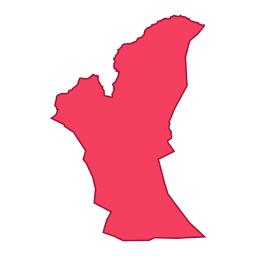 the district of Altanco'gc, Bayan-Ölgiy, Mongolia
{"feature_id": "93677404B16075742501612", "entity_name": "Altanco'gc", "entity_type": "district", "adm_level": 2, "iso_a3": "MNG", "parent_name": "Mongolia", "parent_adm1": "Bayan-Ölgiy", "projection": "equal_earth", "projection_center": [90.479, 48.976], "detail": "fine", "context": "isolated", "style": "filled", "palette": "rose", "viewbox_px": 256, "rotation_deg": 0, "n_neighbors": 0, "source": "geoboundaries", "source_scale": "gbopen_adm2", "svg_char_len": 5489}
<svg xmlns="http://www.w3.org/2000/svg" viewBox="0 0 256 256"><path d="M204.4,25.3L204.1,25.1L203.9,25.0L203.6,25.0L202.8,25.2L202.4,25.2L202.1,25.2L200.4,24.4L199.6,24.2L198.6,23.5L198.1,22.9L197.8,22.7L197.4,22.7L196.8,22.5L195.6,22.5L194.7,22.2L194.4,21.8L193.0,21.6L191.9,21.2L191.3,21.0L189.8,20.2L189.0,19.5L188.8,19.3L188.8,19.2L189.1,18.7L188.8,18.4L188.5,18.4L188.3,18.5L187.9,18.8L187.5,18.9L187.3,18.8L187.0,18.6L186.7,18.2L186.4,17.7L185.7,17.2L183.8,16.9L182.9,16.6L182.2,16.5L181.5,16.4L181.2,16.4L181.0,16.2L180.8,15.6L180.6,15.4L180.3,15.8L179.5,16.2L178.8,16.4L178.0,16.4L177.4,16.3L176.1,16.1L175.6,16.1L175.1,16.0L174.8,15.8L174.4,15.4L173.3,15.8L173.1,16.1L172.8,16.3L172.6,16.6L172.3,16.8L171.6,16.6L171.2,16.6L170.9,16.8L170.5,17.7L170.4,18.5L170.1,18.6L169.7,18.6L169.3,18.5L168.7,18.8L168.1,18.8L167.5,18.8L167.1,18.7L166.6,18.4L166.3,18.3L166.0,18.3L165.6,18.5L165.2,18.6L164.7,18.5L164.3,18.7L163.9,19.2L163.1,19.3L162.8,19.5L162.5,20.0L162.0,20.1L161.6,20.1L161.0,20.7L160.6,21.0L160.2,20.9L159.8,21.0L159.7,21.2L159.6,21.4L159.2,21.4L158.7,21.3L158.2,21.2L158.0,21.3L157.7,21.5L157.6,21.8L157.6,22.2L157.4,22.5L157.2,22.9L156.9,23.4L156.2,23.6L155.5,24.1L155.0,24.1L154.5,24.2L153.8,24.7L153.2,24.5L152.9,24.5L152.6,24.8L152.0,24.9L151.7,25.2L151.6,25.7L151.4,26.3L150.8,26.7L150.6,26.9L150.2,27.0L149.4,27.1L149.2,27.3L149.0,27.6L149.0,27.9L148.3,28.3L148.1,28.2L147.8,28.0L147.5,28.0L146.5,28.5L146.3,28.9L146.2,29.3L145.9,29.7L145.8,30.0L145.2,30.3L144.8,30.8L144.7,31.2L145.0,31.7L144.7,32.0L144.4,32.6L144.4,33.8L143.9,34.6L143.3,35.0L143.2,35.7L142.8,36.0L142.6,36.5L142.1,37.0L138.8,38.2L138.5,38.0L137.9,38.4L137.7,38.7L137.9,39.1L137.7,39.4L137.0,39.8L136.6,40.5L136.3,41.0L136.0,41.5L135.4,41.7L134.6,41.7L134.4,41.8L134.2,42.0L134.1,42.4L133.7,42.6L132.4,42.8L131.7,42.9L130.8,43.5L130.6,43.7L130.2,43.9L129.4,44.0L129.0,43.9L128.4,43.7L127.6,43.6L127.2,43.7L126.0,44.2L125.5,44.3L124.5,43.9L124.0,44.0L123.8,44.1L122.9,44.9L122.4,45.4L122.2,45.6L122.0,46.0L121.9,46.9L121.5,47.3L120.9,47.4L120.1,48.1L120.0,48.6L119.9,48.9L119.6,49.3L119.3,49.4L118.7,49.4L118.1,49.6L118.0,50.1L118.0,50.6L118.1,51.0L118.4,51.4L118.6,51.7L118.4,52.1L118.2,52.4L117.7,52.8L117.4,53.1L117.2,53.5L117.0,54.2L116.3,54.9L115.9,55.8L115.6,56.3L115.3,57.1L114.9,57.6L114.3,58.0L113.8,58.5L113.7,58.8L113.7,59.2L114.1,59.5L114.3,59.9L114.4,60.3L114.7,60.8L115.1,61.8L115.1,62.1L115.0,62.5L114.8,62.8L114.5,63.0L114.2,63.3L114.0,63.6L114.1,64.3L114.2,65.0L113.9,65.5L113.8,66.0L114.2,67.6L114.2,68.0L114.2,68.3L114.3,68.7L114.6,68.9L115.0,69.0L116.0,69.0L116.5,69.1L116.7,69.4L116.8,69.7L116.6,70.0L116.3,70.4L116.2,70.8L116.2,71.1L116.6,71.2L117.3,71.1L117.6,71.2L118.1,71.6L118.7,71.5L119.1,71.6L119.3,71.9L119.3,72.3L118.7,72.9L118.6,73.2L118.6,73.5L118.8,73.8L118.8,74.2L118.6,74.9L118.0,76.1L118.2,76.8L117.9,77.0L117.7,77.4L117.5,77.6L117.2,78.2L116.7,78.7L116.7,79.0L116.5,79.3L116.3,80.1L116.0,80.6L115.9,81.0L115.7,81.8L115.5,82.2L114.5,82.5L114.1,82.6L113.2,83.6L113.2,83.9L112.8,84.5L112.8,84.8L112.9,85.0L113.3,85.5L113.6,85.7L113.9,86.1L114.0,86.7L113.7,87.6L113.5,87.9L113.5,88.2L113.6,88.5L113.9,88.8L114.3,89.1L114.6,89.4L114.5,89.7L114.2,90.0L113.6,90.6L113.5,90.9L113.6,91.7L113.1,92.3L112.5,93.3L112.5,93.6L112.2,93.9L112.1,94.1L112.1,94.8L112.2,95.1L112.5,96.0L112.4,96.8L112.1,97.1L110.6,97.2L110.3,97.1L109.9,97.0L109.6,96.7L108.2,96.3L107.8,96.3L107.4,96.4L106.6,96.2L106.4,96.1L104.8,95.7L104.5,95.4L104.2,94.9L104.1,93.6L104.1,92.6L104.0,91.4L103.9,90.6L103.6,90.3L103.3,89.8L103.0,89.2L102.7,88.9L102.4,88.3L102.6,87.4L102.7,86.9L102.6,86.6L101.5,85.9L100.6,85.4L100.4,85.0L100.4,84.7L100.4,84.2L100.1,83.6L99.7,83.2L99.1,82.7L98.9,82.1L98.8,81.6L98.7,81.2L98.2,80.7L98.1,80.2L98.0,79.3L97.9,78.8L97.6,78.1L97.9,77.7L98.2,77.6L98.3,77.3L98.3,76.6L98.2,76.2L97.8,75.8L97.5,75.7L96.8,75.6L96.3,75.5L95.5,75.6L94.8,75.6L93.9,74.7L93.2,74.4L92.6,74.8L92.4,74.9L92.2,75.1L92.1,75.3L91.6,75.9L91.0,76.3L90.5,76.7L90.0,77.2L88.0,78.6L87.3,78.7L87.0,78.7L86.4,78.8L85.8,78.7L85.4,78.7L85.0,78.6L83.7,78.6L82.6,78.4L81.2,78.3L80.9,78.2L80.4,78.1L80.0,78.2L79.7,78.4L79.6,78.7L79.2,79.7L79.1,80.3L78.8,80.9L78.6,81.0L78.4,81.3L78.3,81.5L78.3,82.0L78.4,82.5L78.3,83.4L78.2,83.5L77.9,83.7L77.8,83.8L77.6,84.4L77.4,84.7L76.7,85.5L75.6,86.3L73.7,87.7L73.5,87.9L73.1,88.2L72.7,88.7L72.3,89.1L72.2,89.5L71.9,89.9L71.6,90.0L71.3,90.0L70.9,90.1L70.5,90.2L69.7,90.3L69.1,90.6L68.6,91.3L68.7,91.9L68.6,92.1L68.4,92.8L68.2,93.0L67.4,93.2L66.5,93.5L66.0,93.7L64.7,93.7L64.3,93.7L63.1,93.6L62.1,93.5L61.7,93.6L61.4,93.6L60.5,94.1L59.3,94.5L58.5,95.0L57.6,95.4L57.3,95.6L56.7,96.5L56.5,97.3L56.6,97.5L56.6,98.1L54.8,105.5L56.5,107.2L56.5,107.9L56.8,108.4L56.8,109.0L57.0,109.5L57.8,109.5L56.4,114.3L51.4,118.3L64.4,124.6L64.4,126.1L67.3,128.0L70.6,130.3L73.5,132.0L85.7,150.8L83.2,159.5L86.4,163.3L92.8,177.3L95.6,189.0L94.2,202.9L111.3,211.9L106.7,220.0L103.2,232.4L114.2,236.2L123.2,240.6L148.9,240.3L154.6,237.7L178.7,238.2L181.8,237.9L184.2,237.8L189.2,237.5L192.2,237.4L204.6,236.8L189.6,222.9L175.8,204.7L167.8,193.9L164.4,182.6L158.3,159.2L174.1,151.3L167.6,142.0L167.7,141.2L167.9,140.7L168.4,140.2L169.2,139.7L170.2,139.1L170.9,138.5L171.4,137.6L171.6,137.0L171.6,136.0L171.4,135.4L171.0,134.2L170.9,133.2L171.3,132.2L170.9,131.3L170.3,130.7L169.3,128.8L168.9,128.4L168.8,126.5L169.5,125.1L169.7,124.2L169.7,123.2L169.0,122.1L174.6,108.5L187.0,85.8L185.4,57.3L189.7,40.8L198.0,33.7L204.0,26.1L204.4,25.3Z" fill="#f43f5e" stroke="#9f1239" stroke-width="1.5"/></svg>